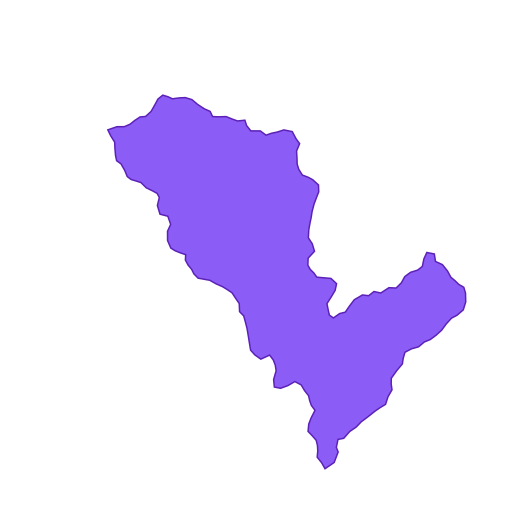 Faria Lemos, Minas Gerais, Brazil (Equal Earth projection), rotated 40°
{"feature_id": "56859067B53292511208538", "entity_name": "Faria Lemos", "entity_type": "district", "adm_level": 2, "iso_a3": "BRA", "parent_name": "Brazil", "parent_adm1": "Minas Gerais", "projection": "equal_earth", "projection_center": [-42.029, -20.786], "detail": "fine", "context": "isolated", "style": "filled", "palette": "violet", "viewbox_px": 512, "rotation_deg": 40, "n_neighbors": 0, "source": "geoboundaries", "source_scale": "gbopen_adm2", "svg_char_len": 2514}
<svg xmlns="http://www.w3.org/2000/svg" viewBox="0 0 512 512"><g transform="rotate(40 256 256)"><path d="M384.6,143.5L386.5,150.4L390.1,157.0L388.9,162.9L384.9,169.1L383.2,176.1L384.6,183.1L383.9,190.5L378.2,194.8L375.4,204.1L369.2,207.4L367.8,214.0L362.6,217.4L359.4,226.3L359.8,234.7L360.5,241.6L357.1,246.3L355.1,253.7L350.2,254.1L346.1,251.0L341.0,246.9L339.8,238.1L338.7,231.4L335.5,225.4L327.8,225.0L321.1,229.7L316.2,233.1L311.2,231.8L306.2,231.4L301.6,229.7L297.3,224.1L297.8,214.8L291.3,210.5L284.4,208.4L279.6,202.0L276.2,196.1L273.5,191.0L270.5,186.1L267.0,178.7L264.7,172.1L262.8,166.5L258.2,161.4L250.4,161.1L245.5,162.1L239.5,164.2L233.0,162.1L228.4,159.1L224.6,154.8L219.6,149.5L217.2,141.9L211.2,140.4L203.8,137.4L196.3,141.5L192.6,147.4L188.9,152.1L186.0,157.0L178.9,157.4L171.6,163.5L164.9,162.1L160.2,159.1L155.1,164.4L149.7,166.4L143.5,168.4L137.8,173.5L133.1,177.1L127.9,174.7L121.7,176.5L113.8,177.4L106.3,177.4L100.0,180.1L95.7,184.1L90.9,189.3L86.4,190.5L81.2,192.7L80.0,198.8L81.3,205.0L82.7,212.7L81.7,220.1L77.8,224.0L76.0,230.1L74.8,236.0L72.0,241.6L66.4,246.3L61.4,254.6L67.4,257.3L74.5,259.6L79.5,265.0L83.9,269.4L88.0,272.6L93.4,272.2L100.6,274.9L106.3,277.9L111.1,277.7L116.0,275.6L120.7,273.7L128.2,274.3L134.9,272.6L140.0,271.6L144.3,273.3L148.0,280.7L155.6,285.7L162.9,282.2L170.3,286.6L172.3,293.9L178.3,301.0L185.7,304.7L190.6,304.0L195.8,302.3L201.3,300.2L204.5,304.5L209.8,306.6L215.3,307.6L219.9,309.6L225.9,310.2L231.5,307.0L236.2,304.3L243.3,303.0L250.2,301.0L255.6,300.2L261.3,299.6L267.6,301.5L273.7,303.2L279.2,309.2L285.1,309.8L290.6,313.6L295.6,317.2L301.6,322.3L307.7,327.6L312.4,331.6L318.6,332.5L326.0,331.9L330.1,323.2L336.0,324.5L340.9,327.2L345.2,331.0L348.9,339.3L354.3,344.6L359.8,341.6L363.7,334.9L366.5,327.2L373.5,325.7L379.7,327.9L386.0,329.2L390.1,332.3L394.5,334.9L400.4,336.3L402.3,344.6L404.4,350.8L408.6,356.9L415.1,357.6L420.6,358.5L424.8,361.6L428.5,365.5L432.2,370.8L439.2,372.2L445.6,374.6L448.6,363.9L444.9,353.3L440.6,351.0L436.7,343.8L440.4,339.3L440.6,330.2L442.7,322.6L443.2,315.3L445.1,307.2L446.9,298.3L448.6,292.2L450.6,286.4L447.6,279.0L446.2,271.1L441.7,267.0L438.2,262.6L437.5,253.4L437.5,244.6L434.5,239.7L432.0,234.0L434.8,227.1L438.9,221.1L440.2,213.7L443.2,208.0L444.9,200.8L445.9,193.5L445.4,185.8L445.7,178.0L448.1,172.1L449.4,164.0L446.2,156.4L440.4,149.8L435.3,146.4L429.6,147.4L424.5,147.0L418.9,147.0L412.4,144.4L404.4,142.8L397.0,144.8L391.3,139.8L384.6,143.5Z" fill="#8b5cf6" stroke="#5b21b6" stroke-width="1.5"/></g></svg>